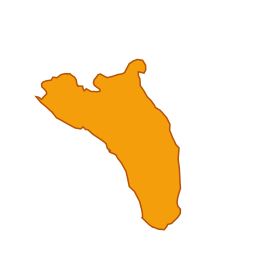 Suakoko, Bong, Liberia (Equal Earth projection), rotated 129°
{"feature_id": "62588387B13478865264863", "entity_name": "Suakoko", "entity_type": "district", "adm_level": 2, "iso_a3": "LBR", "parent_name": "Liberia", "parent_adm1": "Bong", "projection": "equal_earth", "projection_center": [-9.592, 7.068], "detail": "fine", "context": "isolated", "style": "filled", "palette": "amber", "viewbox_px": 256, "rotation_deg": 129, "n_neighbors": 0, "source": "geoboundaries", "source_scale": "gbopen_adm2", "svg_char_len": 2251}
<svg xmlns="http://www.w3.org/2000/svg" viewBox="0 0 256 256"><g transform="rotate(129 128 128)"><path d="M188.9,60.7L189.3,56.5L189.8,50.2L189.5,46.4L189.3,46.4L187.5,40.9L187.3,40.6L184.3,35.9L179.9,35.9L178.0,36.5L174.8,34.1L172.3,33.8L171.8,33.7L166.1,33.1L161.4,33.6L159.3,35.3L158.2,36.1L157.4,40.1L155.1,43.0L151.0,45.5L146.4,47.5L141.8,49.3L137.5,53.4L135.1,55.5L127.8,62.0L120.6,69.5L111.4,75.8L111.4,76.0L110.8,80.1L107.6,86.9L103.6,94.2L98.8,97.7L97.9,99.6L95.7,104.4L94.7,110.1L94.0,114.0L94.3,115.8L94.8,119.6L93.6,122.3L92.2,127.3L91.6,132.9L90.5,135.6L89.0,139.5L87.3,145.2L82.6,149.4L80.6,153.1L78.1,155.1L77.8,155.3L75.5,150.6L75.3,150.1L71.7,150.8L69.8,152.4L68.1,153.9L66.2,159.3L68.3,162.9L68.8,163.7L68.9,163.9L71.3,165.3L72.5,166.1L75.0,166.8L77.2,167.5L87.3,165.5L89.9,166.9L90.7,167.6L92.7,169.4L97.8,172.6L101.9,175.8L102.6,178.5L102.8,179.8L103.4,183.4L105.4,184.8L107.8,184.6L110.1,184.6L111.9,184.6L114.6,183.4L116.1,180.8L116.0,180.4L115.7,174.0L117.0,173.0L118.9,174.4L121.4,177.8L122.9,179.8L123.8,185.1L126.1,185.3L126.6,185.3L125.8,187.6L124.1,189.6L126.6,193.0L126.4,194.2L126.7,194.1L126.4,194.8L125.4,196.1L123.3,198.4L122.1,201.5L122.3,202.9L122.5,205.6L122.4,207.5L124.1,208.9L123.9,209.2L125.4,211.1L126.7,212.1L128.6,213.6L133.7,214.9L135.7,218.3L137.9,218.0L139.3,217.9L140.4,219.0L142.3,220.8L145.5,222.9L148.2,222.9L150.2,220.9L150.5,217.5L151.1,214.5L152.6,212.7L157.2,213.2L158.9,213.2L159.1,213.2L160.0,213.2L160.4,217.0L161.2,218.5L161.5,219.1L162.1,216.3L163.0,211.7L163.0,204.6L163.4,199.3L163.3,197.7L163.5,197.2L163.4,197.2L165.0,190.1L164.6,187.8L164.5,187.4L162.6,176.4L162.0,173.1L161.8,172.1L161.2,169.1L159.6,166.2L159.0,165.2L158.7,164.6L158.4,164.1L155.5,163.7L155.9,160.0L155.1,158.9L154.7,158.4L154.7,156.8L154.7,156.1L154.9,152.6L154.9,151.7L154.9,150.7L154.5,146.5L154.3,144.2L153.9,139.6L153.9,137.2L154.0,135.1L154.5,134.3L154.9,133.8L157.0,130.9L156.5,129.3L156.9,127.5L157.8,128.3L158.2,126.5L157.0,122.9L157.0,122.6L156.5,120.5L158.0,117.0L158.8,113.3L159.4,110.9L159.6,110.5L162.9,102.3L166.8,97.3L167.1,96.9L172.7,90.2L173.1,84.6L173.1,83.4L177.9,72.5L179.6,70.3L179.7,70.1L184.3,64.1L186.5,62.0L188.3,60.4L188.9,60.7Z" fill="#f59e0b" stroke="#b45309" stroke-width="1.5"/></g></svg>